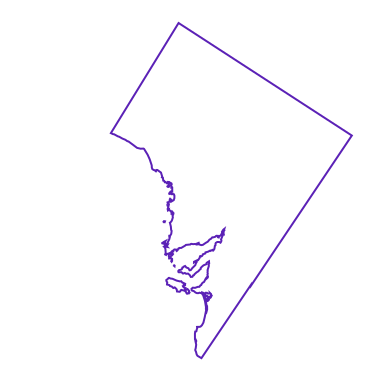 map outline of South Australia (Equal Earth projection), rotated 33°
{"feature_id": "AUS-2655", "entity_name": "South Australia", "entity_type": "State", "adm_level": 1, "iso_a3": "AUS", "parent_name": "Australia", "parent_adm1": "", "projection": "equal_earth", "projection_center": [136.572, -32.035], "detail": "fine", "context": "isolated", "style": "outline", "palette": "violet", "viewbox_px": 384, "rotation_deg": 33, "n_neighbors": 0, "source": "natural_earth", "source_scale": "10m", "svg_char_len": 6164}
<svg xmlns="http://www.w3.org/2000/svg" viewBox="0 0 384 384"><g transform="rotate(33 192 192)"><path d="M179.3,204.7L178.2,203.8L177.4,204.2L176.9,203.9L176.0,205.0L175.0,204.9L174.4,205.8L173.8,205.9L173.6,205.5L173.8,203.3L174.3,202.6L174.5,203.1L174.9,203.1L175.2,202.4L173.1,199.2L172.3,199.6L172.0,198.5L170.8,198.0L170.8,197.3L170.3,196.9L170.6,196.4L170.1,196.0L169.0,196.0L168.6,197.5L167.5,196.9L167.2,196.2L166.2,196.7L166.2,197.2L167.1,197.6L167.5,198.1L166.5,198.0L166.1,198.4L164.3,198.0L163.8,198.6L162.5,197.8L161.7,198.1L159.8,195.9L158.8,196.1L158.6,195.3L155.4,192.6L151.0,192.4L150.4,192.7L150.0,193.3L150.5,194.3L150.3,194.4L149.1,194.0L147.9,194.4L146.3,194.4L145.1,193.5L143.7,191.6L138.7,187.6L134.5,184.9L128.4,182.0L127.7,182.0L125.3,183.7L121.9,184.9L111.3,184.2L110.0,184.6L107.7,184.5L104.5,185.1L100.9,185.3L99.5,185.7L95.3,186.0L94.2,186.5L91.9,186.8L88.7,57.6L295.3,57.6L292.5,238.4L292.0,237.7L290.4,326.2L285.9,326.4L284.5,325.8L282.1,323.6L281.2,323.2L280.6,322.4L280.2,321.0L278.7,317.8L276.6,315.7L277.0,315.4L276.7,314.6L275.5,313.8L275.2,314.3L274.7,313.9L271.6,309.2L270.7,307.3L271.4,306.7L271.5,306.2L270.8,304.7L270.6,303.5L269.7,302.4L272.0,300.8L272.5,300.1L272.9,298.4L272.7,295.3L270.8,289.9L268.2,283.4L267.4,282.6L266.4,280.9L262.2,276.3L257.7,272.6L258.3,272.4L259.0,272.8L266.3,280.2L268.2,282.9L269.9,286.7L269.8,285.8L268.7,282.3L266.8,279.5L265.8,279.0L262.1,275.1L259.7,273.2L259.7,272.5L260.3,272.6L260.4,271.7L261.3,270.9L261.6,271.0L262.9,272.0L262.7,273.4L263.2,273.9L262.7,274.7L262.8,275.0L263.9,275.3L264.5,275.0L264.9,273.0L262.6,271.1L263.7,270.5L265.0,270.7L265.2,270.1L264.8,269.4L265.0,268.2L264.8,268.1L264.2,268.7L264.0,267.8L263.5,267.2L262.0,266.9L262.3,267.2L262.1,267.5L260.7,268.5L259.5,268.4L258.4,269.0L258.3,270.1L259.5,270.9L259.5,271.3L257.7,270.9L257.1,270.3L255.6,270.6L256.2,271.1L257.5,271.1L258.1,271.7L258.7,271.5L259.0,271.8L258.9,272.0L256.9,272.3L256.0,271.8L254.8,271.8L253.1,272.4L252.5,273.3L251.3,274.1L249.7,274.4L247.2,274.1L245.9,274.7L245.1,274.4L244.3,273.5L244.8,271.8L246.8,270.7L248.5,268.4L249.8,267.5L249.9,265.7L250.4,265.0L250.2,264.1L250.3,262.4L251.1,260.8L250.7,257.2L250.8,255.4L250.9,255.0L251.5,255.2L251.7,255.6L251.8,255.2L251.5,254.3L250.0,253.1L249.8,252.0L248.8,251.0L248.1,249.5L247.6,249.1L246.5,245.1L246.1,244.4L245.3,243.8L245.4,242.7L244.0,240.9L242.9,243.4L243.3,244.8L241.6,247.2L240.9,249.6L240.7,251.0L241.2,251.8L240.7,253.2L240.5,255.0L239.6,256.9L238.9,259.5L238.9,260.8L238.4,261.3L238.5,262.9L237.2,263.9L235.4,262.9L233.1,262.6L231.6,263.8L230.1,263.8L228.9,265.3L226.8,265.0L224.7,266.5L224.0,266.4L223.5,265.6L223.7,264.5L225.0,263.3L225.5,262.1L225.1,260.6L225.7,259.9L225.6,259.2L226.5,257.8L228.4,258.4L230.5,257.9L232.6,259.0L233.5,258.2L233.7,255.6L234.6,251.6L234.1,249.6L234.1,248.3L233.7,247.9L233.0,248.4L234.2,245.9L234.3,243.3L233.7,241.5L234.0,241.1L234.6,241.3L235.3,240.0L235.3,239.1L235.0,238.4L236.6,236.3L236.2,235.3L238.0,233.3L239.1,231.3L239.5,231.4L240.8,229.2L241.2,228.9L241.2,229.8L241.7,229.6L241.8,227.6L240.5,224.7L240.7,223.9L239.8,222.4L239.7,221.7L240.4,220.2L242.1,219.1L243.5,219.0L243.5,217.7L243.0,216.5L242.2,216.0L241.3,211.2L241.3,210.9L241.9,210.4L241.0,209.5L240.4,209.2L240.4,208.2L239.6,206.9L239.9,206.4L239.4,206.0L239.2,205.3L238.8,206.5L238.8,209.1L239.5,209.9L239.7,212.5L239.2,214.0L238.8,214.1L239.2,215.6L238.4,215.8L237.4,214.9L236.7,215.1L236.1,215.8L236.0,216.7L234.7,218.3L233.7,219.0L233.4,220.9L232.6,222.4L232.3,225.1L231.3,227.0L229.9,230.4L228.7,231.5L226.5,232.1L225.3,231.0L224.2,232.6L224.3,233.0L225.6,232.6L224.2,233.7L223.0,233.8L221.4,235.1L219.6,235.9L219.3,236.3L219.2,236.9L215.7,239.7L215.4,240.8L213.4,244.8L211.9,245.8L211.5,246.5L211.7,246.8L211.4,247.2L211.6,248.7L211.3,249.8L211.0,249.7L210.7,248.6L208.5,249.8L208.2,251.0L208.7,252.1L208.4,252.4L207.8,251.9L207.4,252.7L207.3,253.6L207.8,254.4L207.7,254.9L206.9,254.9L206.3,255.7L206.6,256.1L207.4,256.0L208.7,254.9L209.4,255.2L209.5,254.3L209.9,254.4L209.8,256.0L209.1,257.3L209.8,259.5L209.0,260.2L208.7,259.9L208.4,259.0L207.4,258.4L206.7,257.2L206.0,256.9L205.3,257.0L204.7,257.6L204.4,258.2L204.5,258.9L203.5,259.0L203.1,257.4L200.6,254.1L199.0,253.1L198.3,253.1L198.7,252.1L197.8,251.1L196.9,250.5L195.1,251.3L194.8,251.1L195.6,249.1L196.5,247.5L196.6,248.9L198.5,249.6L198.2,249.9L198.1,250.4L198.8,250.9L198.7,251.3L199.2,251.8L199.8,252.2L201.4,251.5L200.3,251.2L200.3,250.0L199.7,250.8L199.5,250.6L199.3,249.3L199.5,249.1L199.6,248.4L199.0,247.0L198.7,244.1L198.0,242.0L197.4,242.0L196.8,241.1L197.5,240.6L197.4,238.4L196.1,235.7L195.2,235.2L193.0,232.4L190.3,229.9L190.5,229.7L190.4,229.3L190.7,228.0L190.6,226.6L189.8,223.8L187.5,221.1L188.4,220.9L188.0,219.8L185.9,219.2L185.8,219.9L186.7,220.0L187.2,220.9L186.7,221.4L186.0,220.4L184.1,219.4L182.5,219.9L182.2,219.3L181.8,220.5L180.8,219.5L180.1,217.0L179.0,216.9L178.6,216.5L179.7,215.9L179.3,214.8L178.9,214.6L178.6,214.9L177.3,214.4L177.1,214.0L178.2,212.8L178.3,212.3L177.3,210.0L177.3,209.6L179.7,209.9L179.4,210.8L179.4,211.4L179.7,211.6L181.1,208.8L180.6,206.8L179.3,204.7ZM244.7,277.8L244.6,278.8L243.9,279.1L243.3,280.0L242.6,279.9L241.4,279.1L239.6,278.8L236.4,279.9L236.1,280.6L236.3,281.6L236.0,282.4L233.6,283.6L232.2,282.0L229.8,281.4L229.2,281.6L228.9,282.5L228.4,282.7L226.4,282.3L224.8,282.9L223.8,282.4L221.4,283.2L220.4,281.2L219.4,280.9L218.4,279.9L219.2,277.4L219.2,276.8L219.5,276.5L221.0,276.3L222.9,275.4L227.3,274.7L230.7,273.5L231.6,272.7L233.4,273.3L233.9,273.0L236.3,272.7L236.5,273.2L235.9,273.5L235.7,274.1L236.7,274.4L235.6,275.9L236.0,276.2L237.4,276.5L238.9,276.1L239.1,277.6L239.4,277.7L240.4,277.3L241.0,275.9L241.5,275.9L243.6,276.6L243.8,277.7L244.7,277.8ZM211.7,258.9L212.9,260.7L212.9,261.6L212.3,261.4L212.0,260.0L211.0,258.9L211.7,258.9ZM168.7,200.9L168.3,200.7L168.4,200.3L168.9,199.5L170.6,199.0L169.6,199.5L169.9,199.9L169.5,200.6L168.7,200.9ZM185.3,231.3L185.5,232.2L184.8,232.4L184.3,233.3L184.4,231.7L185.3,231.3ZM232.3,248.4L232.3,249.0L232.0,249.9L231.7,249.4L232.3,248.4ZM217.0,263.2L217.5,263.2L217.8,263.8L217.0,263.7L217.0,263.2Z" fill="none" stroke="#5b21b6" stroke-width="2"/></g></svg>